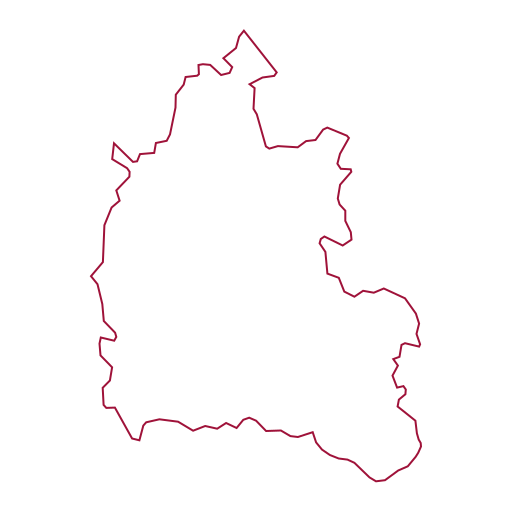 the border of Oxfordshire
{"feature_id": "GBR-2751", "entity_name": "Oxfordshire", "entity_type": "Administrative County", "adm_level": 1, "iso_a3": "GBR", "parent_name": "United Kingdom", "parent_adm1": "", "projection": "albers", "projection_center": [-1.264, 51.807], "detail": "fine", "context": "isolated", "style": "outline", "palette": "rose", "viewbox_px": 512, "rotation_deg": 0, "n_neighbors": 0, "source": "natural_earth", "source_scale": "10m", "svg_char_len": 1856}
<svg xmlns="http://www.w3.org/2000/svg" viewBox="0 0 512 512"><path d="M114.2,340.7L116.3,336.9L115.1,332.7L103.8,321.0L102.3,304.0L97.5,284.2L91.0,276.2L102.9,262.1L104.4,225.2L111.6,207.5L119.6,200.7L116.3,190.4L129.4,176.7L129.6,171.8L127.1,168.2L112.2,159.1L114.0,143.3L133.0,161.9L137.1,161.3L140.0,154.1L154.2,152.9L155.9,143.0L166.7,140.8L170.0,134.4L175.5,107.6L175.8,94.7L183.7,84.6L185.6,77.0L197.2,75.7L198.9,74.2L198.5,65.0L202.9,64.2L210.2,64.9L221.1,75.0L229.6,72.9L232.2,67.1L223.4,58.2L236.0,48.0L239.1,36.7L243.9,30.7L276.7,72.4L274.2,75.9L262.5,77.5L249.6,84.2L254.6,88.1L253.5,108.8L256.8,114.3L265.9,146.4L269.3,148.6L277.9,146.1L297.7,147.3L306.1,141.1L315.5,140.0L323.1,129.6L327.3,127.6L346.9,135.7L348.9,138.0L340.0,153.8L337.4,163.7L340.8,168.8L350.7,169.3L351.3,171.8L340.1,184.7L337.8,198.5L339.6,204.5L345.3,210.7L345.3,220.9L350.8,232.2L351.5,239.6L342.7,245.5L324.4,236.5L320.8,239.0L319.6,243.3L325.4,251.9L327.4,273.6L338.8,277.8L344.3,291.6L354.4,296.7L363.1,290.8L373.8,292.7L383.8,288.5L405.0,298.3L415.9,313.6L419.1,323.6L416.5,333.9L420.1,344.3L419.1,346.6L405.0,343.2L401.5,344.9L399.5,356.8L393.3,359.1L397.9,365.6L392.5,375.6L397.1,387.6L403.4,386.1L405.8,389.5L405.4,394.2L398.9,399.6L397.6,406.5L415.4,420.7L416.9,433.3L418.7,439.6L420.7,443.0L421.0,446.5L418.2,452.8L415.6,456.9L407.8,466.3L398.2,470.5L385.0,480.2L376.0,481.3L369.5,477.4L354.4,462.8L347.5,459.6L338.7,458.5L329.9,455.0L322.0,449.6L316.1,442.4L312.7,432.2L297.9,437.0L290.4,436.1L280.9,430.5L266.1,431.0L256.1,420.7L249.2,417.7L243.3,419.8L236.6,428.0L226.1,423.0L217.2,428.7L205.2,426.0L193.1,430.7L178.1,421.7L159.4,419.3L146.2,422.3L143.3,425.6L139.4,440.3L132.1,438.5L114.9,407.6L106.3,407.9L103.6,404.9L102.7,387.8L109.9,380.5L112.1,367.3L100.5,355.4L99.5,343.6L100.8,337.5L114.2,340.7Z" fill="none" stroke="#9f1239" stroke-width="2"/></svg>